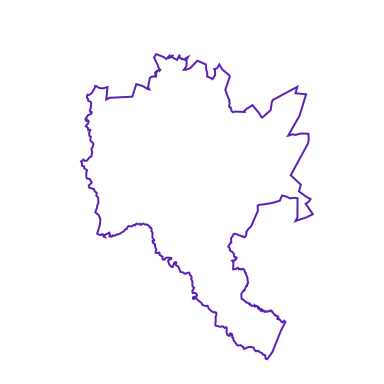 Cadereyta de Montes, Querétaro, Mexico (Mercator projection), rotated 109°
{"feature_id": "50627088B20540299912317", "entity_name": "Cadereyta de Montes", "entity_type": "district", "adm_level": 2, "iso_a3": "MEX", "parent_name": "Mexico", "parent_adm1": "Querétaro", "projection": "mercator", "projection_center": [-99.561, 20.791], "detail": "fine", "context": "isolated", "style": "outline", "palette": "violet", "viewbox_px": 384, "rotation_deg": 109, "n_neighbors": 0, "source": "geoboundaries", "source_scale": "gbopen_adm2", "svg_char_len": 5986}
<svg xmlns="http://www.w3.org/2000/svg" viewBox="0 0 384 384"><g transform="rotate(109 192 192)"><path d="M325.7,66.5L317.2,63.9L294.8,62.8L284.4,61.4L283.8,62.8L284.7,62.9L285.0,63.7L285.7,64.1L285.2,64.6L285.6,65.4L284.2,67.2L284.2,68.8L283.6,68.5L283.3,68.9L283.6,69.9L282.4,69.7L282.3,70.3L281.7,70.6L282.0,71.1L281.5,71.7L281.7,72.4L281.6,73.2L281.0,73.6L281.2,74.2L278.5,77.9L279.0,78.1L278.6,79.4L279.2,79.7L280.1,80.9L280.0,81.6L281.2,82.8L280.9,83.7L281.6,84.4L281.0,84.9L281.4,85.2L281.2,86.4L280.7,86.5L280.3,87.6L281.4,87.5L281.1,88.0L281.5,88.3L281.0,88.5L279.7,90.6L280.9,90.3L280.7,91.4L279.3,92.5L278.8,93.5L278.8,94.4L279.3,94.7L279.1,95.2L279.5,95.4L278.8,96.0L279.4,96.1L280.1,98.1L279.8,98.3L280.0,99.7L279.4,100.0L279.6,100.5L279.2,100.7L279.2,101.6L278.7,101.6L278.7,105.1L278.2,105.4L277.8,107.1L277.0,108.6L277.2,109.2L276.8,110.4L272.3,112.2L269.1,111.5L268.7,111.0L268.0,111.0L268.0,110.4L263.3,110.2L262.9,109.4L261.3,109.9L261.0,109.5L259.4,109.4L257.0,111.0L255.0,111.6L252.2,114.2L251.3,114.4L250.6,115.9L248.5,117.2L248.0,118.9L249.3,120.2L249.0,121.4L249.8,122.5L249.0,122.9L248.8,124.3L250.7,125.5L251.7,127.9L245.6,129.8L244.5,130.5L243.9,131.7L243.4,131.1L243.8,130.7L243.5,129.9L240.7,128.3L239.8,128.3L239.4,128.9L239.8,129.8L239.4,129.9L239.4,131.1L236.8,132.4L235.5,134.5L234.9,137.0L233.0,137.9L231.9,139.9L227.8,139.1L227.1,138.3L226.0,139.1L225.0,139.1L223.4,140.0L221.3,139.6L220.2,139.0L218.7,139.1L218.0,138.6L217.3,137.2L217.8,129.8L217.2,129.2L217.8,127.7L216.1,126.8L213.5,126.9L212.4,127.7L209.0,126.8L205.1,124.9L188.3,123.6L183.5,125.5L182.2,124.3L180.5,120.4L176.1,112.4L171.6,106.1L166.0,105.8L165.6,101.0L166.2,97.5L164.0,92.8L163.5,90.2L181.8,84.0L185.7,84.7L178.6,75.4L173.7,70.5L166.1,80.7L163.0,78.3L160.1,77.6L159.3,82.3L156.6,91.1L149.6,91.5L144.0,104.1L108.1,98.1L103.9,98.9L99.0,100.9L101.2,107.9L104.5,113.1L104.6,115.5L107.4,119.4L84.9,115.2L62.5,115.9L64.9,126.3L58.3,126.7L78.7,145.6L81.4,145.7L89.0,144.3L98.8,149.8L98.7,150.8L95.6,154.1L90.2,163.2L94.8,166.6L94.9,167.1L98.1,168.8L99.2,168.3L102.0,177.7L103.2,179.0L102.7,180.8L99.6,182.8L99.8,183.4L98.8,185.0L96.2,185.0L93.7,186.6L92.9,186.5L90.5,189.0L84.4,193.8L70.6,193.8L69.4,195.0L66.2,203.5L62.5,207.7L66.4,208.5L67.3,209.0L68.6,211.0L69.3,209.9L74.2,208.1L75.5,208.8L77.3,208.8L78.0,209.6L78.7,209.7L78.1,211.2L77.9,215.2L74.7,216.2L71.4,218.5L66.9,220.4L66.1,229.7L75.5,234.0L78.1,237.1L79.1,239.4L75.6,238.4L73.9,238.4L68.6,240.3L65.8,239.8L67.8,241.6L69.4,241.8L69.1,244.7L69.7,244.9L69.2,247.0L67.1,248.1L67.0,248.5L72.0,249.1L71.0,254.8L69.5,254.7L69.7,255.5L70.7,256.2L71.8,256.2L72.6,257.4L70.9,257.9L74.6,259.5L73.6,262.8L73.3,270.7L77.2,271.7L83.2,265.6L85.0,264.4L86.3,263.0L86.8,261.7L88.0,262.2L87.5,262.8L88.8,264.6L89.5,264.3L90.1,265.2L90.8,264.7L91.3,265.6L92.9,264.7L92.7,264.3L93.1,263.9L94.6,263.6L94.9,265.5L95.3,265.5L96.1,267.6L97.8,269.0L107.3,267.6L108.9,265.7L109.2,267.2L107.8,273.2L108.2,279.8L121.3,279.5L129.9,300.9L132.5,303.1L120.3,306.1L123.1,310.1L123.8,313.7L123.0,317.4L123.4,318.1L124.5,317.7L131.0,318.9L133.9,321.0L134.2,322.6L137.0,322.1L137.9,320.5L139.1,320.3L139.9,317.1L141.0,316.1L145.5,315.1L148.2,315.2L149.2,314.5L149.4,313.7L149.0,313.1L149.5,312.7L151.1,312.9L153.2,315.3L155.5,316.1L156.4,315.8L157.4,316.6L159.0,315.6L159.0,314.7L158.0,314.1L158.8,312.7L161.0,312.6L164.2,313.9L165.3,311.3L167.3,310.3L166.3,308.9L166.5,308.3L169.8,308.5L172.4,307.2L172.8,305.6L175.6,305.3L176.9,304.2L177.9,301.5L178.6,300.9L182.3,300.6L184.0,301.1L186.8,299.4L191.1,298.7L192.7,300.2L196.6,301.6L197.5,303.3L196.7,305.4L198.2,305.9L199.2,306.9L200.8,305.1L202.7,304.8L203.1,304.0L202.9,302.3L204.6,301.7L205.7,298.3L207.4,298.3L210.5,297.5L212.4,296.7L213.5,295.7L213.0,292.7L214.4,291.6L215.2,290.2L216.3,290.0L219.5,291.7L221.0,291.1L221.4,289.9L221.1,285.6L222.9,284.3L223.9,281.8L226.7,281.2L227.6,279.2L228.3,278.7L232.8,276.9L235.9,277.2L237.5,276.6L242.5,276.9L243.0,276.2L244.1,272.9L246.7,270.4L248.8,269.4L253.3,268.4L262.3,268.1L262.7,264.9L262.3,264.0L261.1,263.3L261.1,262.5L261.3,261.8L262.9,261.2L263.0,260.0L262.5,260.6L261.3,260.7L257.4,256.9L258.4,256.2L260.7,255.5L260.0,254.7L260.6,254.1L260.4,253.3L258.6,252.4L258.7,251.5L258.2,250.4L256.9,249.7L256.3,248.2L254.8,246.6L251.2,243.6L249.2,243.0L248.1,241.6L247.1,241.8L245.0,241.1L244.2,237.8L242.2,236.5L242.0,234.9L240.4,234.5L239.9,233.9L240.1,232.3L239.0,231.0L239.7,229.7L237.9,228.2L237.7,227.4L238.1,226.1L237.3,223.1L238.4,221.5L238.6,220.5L239.3,220.3L239.3,219.0L240.4,218.0L242.2,217.7L243.2,216.1L248.0,214.6L249.7,212.2L250.5,212.1L251.0,213.2L251.7,213.2L253.1,211.8L253.5,210.1L256.7,208.5L258.1,206.8L259.3,207.0L261.3,206.7L261.1,204.8L259.9,203.3L260.4,202.7L262.1,202.1L262.7,198.8L265.0,198.1L265.4,197.2L264.8,195.9L263.3,195.6L262.2,194.4L261.2,190.6L261.3,190.0L262.0,189.9L263.9,191.9L264.8,192.3L267.9,189.9L269.4,187.4L269.1,185.8L264.6,185.7L263.5,184.6L264.0,183.8L265.7,183.8L266.5,183.2L267.0,180.7L271.3,176.8L271.0,174.5L271.6,171.9L270.0,170.1L269.2,168.7L269.4,168.1L271.1,167.1L271.6,165.5L272.7,164.5L274.5,164.5L276.5,162.4L279.9,161.4L281.3,160.4L281.9,158.8L285.3,159.5L286.7,158.9L287.2,158.3L286.6,157.3L286.5,155.2L287.8,153.7L289.1,153.8L291.2,156.7L292.3,156.6L292.7,155.7L291.1,154.3L291.0,153.4L292.0,152.1L294.0,146.5L295.2,145.8L295.5,142.2L294.5,140.3L296.9,138.0L298.3,134.9L298.7,132.5L298.1,131.0L298.2,129.9L298.8,130.0L299.7,129.0L302.9,128.9L305.6,127.8L310.1,126.7L310.6,126.1L310.3,121.7L309.0,119.0L309.9,116.8L308.9,115.9L308.7,115.3L310.4,114.4L312.6,114.0L315.5,112.2L315.9,111.3L315.9,109.9L315.0,109.0L314.5,109.9L313.5,110.0L313.1,109.4L313.2,108.2L314.8,107.0L316.2,106.7L316.6,105.4L318.3,104.8L322.1,99.5L322.1,98.3L321.0,96.1L321.5,95.1L321.8,93.0L323.0,92.4L323.4,91.5L321.1,89.2L319.9,87.5L319.2,85.3L319.1,82.9L320.6,82.0L321.8,79.7L320.5,77.6L321.3,76.1L321.4,73.5L322.7,71.8L322.5,69.7L325.3,68.3L325.7,67.8L325.7,66.5Z" fill="none" stroke="#5b21b6" stroke-width="2"/></g></svg>